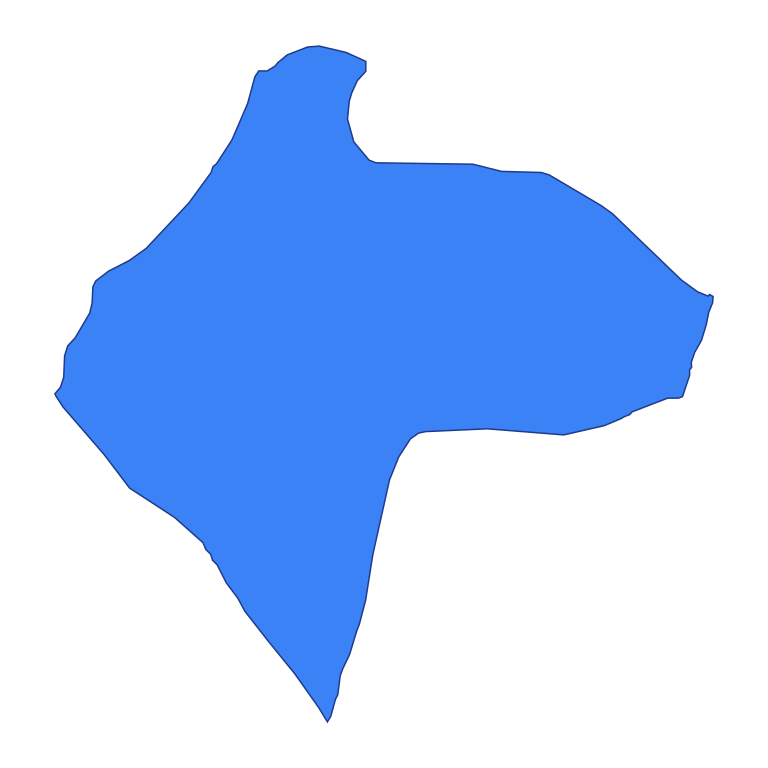 Santa Bárbara, Huehuetenango, Guatemala
{"feature_id": "79465075B43226162523151", "entity_name": "Santa Bárbara", "entity_type": "district", "adm_level": 2, "iso_a3": "GTM", "parent_name": "Guatemala", "parent_adm1": "Huehuetenango", "projection": "orthographic", "projection_center": [-91.62, 15.332], "detail": "fine", "context": "isolated", "style": "filled", "palette": "blue", "viewbox_px": 768, "rotation_deg": 0, "n_neighbors": 0, "source": "geoboundaries", "source_scale": "gbopen_adm2", "svg_char_len": 1319}
<svg xmlns="http://www.w3.org/2000/svg" viewBox="0 0 768 768"><path d="M713.1,296.5L709.5,294.5L708.0,296.1L697.4,291.7L681.5,280.1L641.2,241.4L612.6,213.8L601.0,205.5L549.0,174.8L541.2,172.5L501.6,171.4L472.8,164.2L375.8,162.8L369.0,160.1L353.8,141.8L347.5,119.0L349.3,101.0L351.7,93.1L357.2,80.8L365.8,71.3L365.8,61.4L346.3,52.5L319.3,46.1L307.6,47.0L287.2,54.9L277.8,62.7L275.1,66.1L267.0,71.0L258.8,70.9L254.9,76.7L247.6,103.6L232.0,139.8L216.5,163.8L213.1,166.5L211.1,172.5L188.9,202.9L146.2,248.4L129.1,260.6L108.6,271.1L95.8,280.9L92.9,286.8L92.1,303.0L89.7,313.1L75.1,337.9L67.7,345.9L64.6,355.8L63.7,377.5L60.4,387.3L54.9,393.8L55.9,396.0L63.1,407.1L104.0,454.4L129.7,488.2L174.5,517.4L203.0,542.7L205.8,549.4L210.7,554.4L212.6,560.3L217.2,564.9L226.2,582.7L237.9,598.3L244.9,611.3L268.7,641.7L295.1,674.2L318.7,707.6L327.4,721.9L330.8,716.3L335.4,699.5L337.8,694.7L340.2,675.8L342.7,668.9L349.5,654.7L356.7,631.1L359.3,624.3L365.6,600.3L372.8,554.8L389.5,479.9L398.8,456.8L410.5,438.8L418.6,433.1L425.6,431.6L487.2,428.8L563.8,434.9L604.1,425.7L621.5,418.4L623.8,416.9L630.0,414.4L632.0,411.9L667.7,398.1L678.6,398.1L682.5,396.6L689.6,375.4L689.6,369.8L691.6,367.4L691.3,362.3L694.6,352.5L701.5,340.3L706.3,324.5L708.7,312.3L712.6,302.8L713.1,296.5Z" fill="#3b82f6" stroke="#1e3a8a" stroke-width="1.5"/></svg>